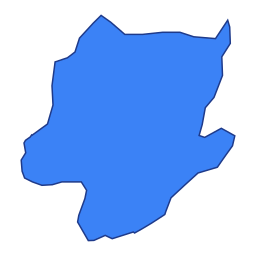 outline of Lemona, Paphos, Cyprus
{"feature_id": "46923920B60992584913895", "entity_name": "Lemona", "entity_type": "district", "adm_level": 2, "iso_a3": "CYP", "parent_name": "Cyprus", "parent_adm1": "Paphos", "projection": "robinson", "projection_center": [32.562, 34.851], "detail": "fine", "context": "isolated", "style": "filled", "palette": "blue", "viewbox_px": 256, "rotation_deg": 0, "n_neighbors": 0, "source": "geoboundaries", "source_scale": "gbopen_adm2", "svg_char_len": 862}
<svg xmlns="http://www.w3.org/2000/svg" viewBox="0 0 256 256"><path d="M31.7,134.9L30.2,137.0L25.5,140.3L24.0,143.0L25.7,152.8L21.2,160.1L22.1,171.2L24.6,178.0L32.4,181.9L41.9,185.3L52.3,184.7L61.9,181.9L70.3,181.9L81.3,181.9L86.6,190.3L84.9,198.6L78.8,215.3L77.6,222.0L88.3,240.6L93.9,240.4L105.2,235.4L112.2,238.7L133.3,232.0L134.6,233.0L141.7,229.0L151.6,223.1L164.8,214.5L165.9,211.2L171.0,197.8L183.6,186.1L198.0,173.0L217.4,167.2L221.1,161.8L226.1,154.7L232.5,145.8L234.8,135.8L221.3,128.3L204.7,137.4L199.1,135.5L202.2,124.6L205.3,107.7L214.0,97.4L222.5,75.4L221.8,56.8L230.3,43.4L229.7,27.0L227.7,20.2L215.5,38.6L193.8,36.8L180.0,32.3L162.5,32.3L142.6,34.4L124.8,34.4L110.7,22.2L101.1,15.4L93.2,23.2L79.5,38.1L75.0,52.0L67.4,57.8L55.1,61.9L52.0,85.7L53.0,105.0L47.5,124.0L32.1,135.2L31.7,134.9Z" fill="#3b82f6" stroke="#1e3a8a" stroke-width="1.5"/></svg>